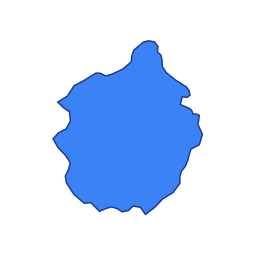 SVG path tracing the border of San Juan, rotated 302°
{"feature_id": "DOM-1393", "entity_name": "San Juan", "entity_type": "Province", "adm_level": 1, "iso_a3": "DOM", "parent_name": "Dominican Republic", "parent_adm1": "", "projection": "albers", "projection_center": [-71.244, 18.895], "detail": "fine", "context": "isolated", "style": "filled", "palette": "blue", "viewbox_px": 256, "rotation_deg": 302, "n_neighbors": 0, "source": "natural_earth", "source_scale": "10m", "svg_char_len": 995}
<svg xmlns="http://www.w3.org/2000/svg" viewBox="0 0 256 256"><g transform="rotate(302 128 128)"><path d="M94.4,76.0L103.3,75.5L110.7,69.8L111.1,62.2L112.8,54.7L122.9,59.7L135.4,59.9L144.2,65.1L153.8,69.8L157.7,71.8L159.7,75.5L160.4,81.6L164.9,85.7L175.3,92.4L185.9,95.7L191.2,93.0L197.0,91.7L203.1,93.6L209.1,95.6L213.0,99.5L215.0,104.8L213.1,110.2L208.2,112.6L207.2,117.4L203.9,120.6L198.2,124.6L195.3,130.9L193.8,143.1L193.7,155.9L191.9,160.1L188.7,163.2L185.2,161.8L183.3,157.5L175.6,159.9L177.1,169.3L176.8,172.4L174.4,175.8L176.0,178.5L176.5,181.7L172.1,183.8L168.2,185.3L162.0,194.5L151.7,197.3L143.2,192.5L132.0,195.8L125.6,196.9L119.1,196.2L113.7,198.1L108.6,201.3L97.2,200.4L86.6,195.1L75.0,192.7L63.9,188.6L67.3,180.7L64.6,173.7L58.3,172.1L53.9,167.5L53.9,161.4L52.3,155.7L47.5,151.5L42.2,148.0L45.0,136.0L41.0,130.8L43.0,117.4L48.8,105.0L54.0,100.3L60.6,99.7L67.9,97.5L71.6,89.7L74.3,79.1L79.1,70.2L87.0,71.5L94.4,76.0Z" fill="#3b82f6" stroke="#1e3a8a" stroke-width="1.5"/></g></svg>